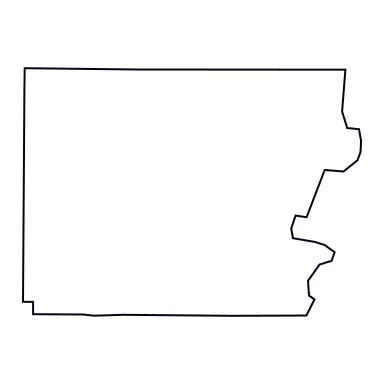 outline of Polk, Oregon, United States of America
{"feature_id": "52423323B47830259529939", "entity_name": "Polk", "entity_type": "district", "adm_level": 2, "iso_a3": "USA", "parent_name": "United States of America", "parent_adm1": "Oregon", "projection": "orthographic", "projection_center": [-123.256, 44.898], "detail": "fine", "context": "isolated", "style": "outline", "palette": "ink", "viewbox_px": 384, "rotation_deg": 0, "n_neighbors": 0, "source": "geoboundaries", "source_scale": "gbopen_adm2", "svg_char_len": 546}
<svg xmlns="http://www.w3.org/2000/svg" viewBox="0 0 384 384"><path d="M345.4,69.7L137.2,69.5L136.7,69.5L24.7,68.2L24.4,90.3L23.0,301.8L33.1,301.9L33.1,314.2L83.2,314.5L93.9,315.7L123.2,314.8L231.2,315.8L290.2,315.6L306.4,315.5L314.5,299.4L309.0,295.6L308.0,280.8L319.6,264.5L331.6,260.8L334.6,252.2L324.8,245.1L314.8,241.9L293.0,238.2L291.2,228.6L295.6,215.6L306.6,217.2L324.7,170.0L343.5,171.5L357.5,160.2L360.5,152.1L360.9,145.4L361.0,140.4L359.0,129.2L347.2,128.0L342.1,111.5L345.4,69.7Z" fill="none" stroke="#020617" stroke-width="2"/></svg>